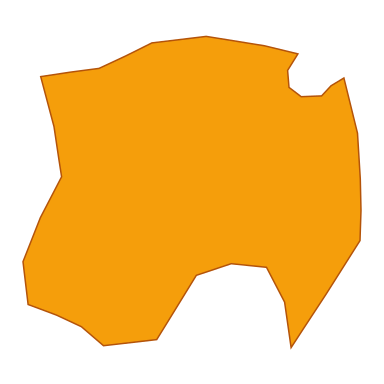 the District of Şuşa
{"feature_id": "AZE-1737", "entity_name": "Şuşa", "entity_type": "District", "adm_level": 1, "iso_a3": "AZE", "parent_name": "Azerbaijan", "parent_adm1": "", "projection": "natural_earth1", "projection_center": [46.665, 39.686], "detail": "fine", "context": "isolated", "style": "filled", "palette": "amber", "viewbox_px": 384, "rotation_deg": 0, "n_neighbors": 0, "source": "natural_earth", "source_scale": "10m", "svg_char_len": 607}
<svg xmlns="http://www.w3.org/2000/svg" viewBox="0 0 384 384"><path d="M206.2,36.4L264.6,45.8L297.9,53.9L287.6,70.4L289.0,87.4L301.2,96.7L321.6,95.9L331.1,85.7L343.9,78.0L357.5,133.2L360.3,179.1L361.0,210.5L360.0,240.6L326.0,294.3L302.5,330.1L297.5,337.8L291.1,347.6L289.0,332.8L284.6,302.1L266.5,267.3L231.2,263.7L196.4,275.3L196.1,275.7L166.0,324.6L156.7,339.6L103.5,345.7L81.4,326.7L56.5,315.1L28.1,304.5L23.0,261.7L40.4,217.6L54.7,190.1L61.6,176.8L58.7,158.1L54.0,126.6L40.7,76.6L70.0,72.2L76.0,71.4L99.0,68.4L125.8,55.9L151.9,42.9L206.2,36.4Z" fill="#f59e0b" stroke="#b45309" stroke-width="1.5"/></svg>